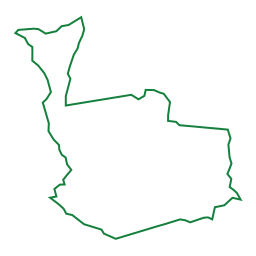 the district of Muliterno, Rio Grande do Sul, Brazil
{"feature_id": "56859067B58975404223376", "entity_name": "Muliterno", "entity_type": "district", "adm_level": 2, "iso_a3": "BRA", "parent_name": "Brazil", "parent_adm1": "Rio Grande do Sul", "projection": "albers", "projection_center": [-51.789, -28.312], "detail": "fine", "context": "isolated", "style": "outline", "palette": "green", "viewbox_px": 256, "rotation_deg": 0, "n_neighbors": 0, "source": "geoboundaries", "source_scale": "gbopen_adm2", "svg_char_len": 1119}
<svg xmlns="http://www.w3.org/2000/svg" viewBox="0 0 256 256"><path d="M15.4,33.1L24.8,37.9L28.2,44.2L32.3,46.9L32.4,52.1L32.3,60.7L38.2,65.5L44.1,72.9L47.6,79.9L50.9,92.1L46.7,98.8L42.8,102.6L48.8,123.2L48.5,131.2L53.7,139.6L59.0,145.0L59.3,149.6L61.7,154.7L65.6,157.5L67.1,164.4L71.3,169.9L66.9,175.1L63.2,179.8L64.6,184.5L59.9,184.6L54.4,189.0L56.4,196.5L50.1,197.7L58.4,204.0L63.6,208.7L66.3,213.7L72.2,215.0L84.0,224.2L101.5,229.6L103.9,233.6L115.7,238.8L157.2,226.3L164.9,224.1L180.1,219.4L185.0,220.2L190.2,222.3L203.9,217.7L208.1,217.4L212.2,219.4L214.9,207.2L224.3,205.3L232.5,197.8L240.6,199.6L236.9,193.0L233.5,189.8L229.7,187.1L231.3,178.9L227.4,173.9L229.1,169.8L231.5,163.5L229.6,157.4L228.4,144.6L230.5,138.4L227.8,129.6L179.4,125.2L176.1,121.9L168.1,120.9L168.1,115.3L170.0,102.1L163.8,93.8L159.8,92.6L154.0,90.1L145.7,89.9L144.4,95.8L138.5,99.3L131.3,94.8L65.8,105.5L65.8,96.1L70.4,78.8L67.8,73.7L69.9,66.2L73.9,54.5L77.7,48.3L78.9,43.1L82.4,35.6L84.2,29.2L81.2,17.2L68.6,25.0L61.6,26.2L56.4,31.2L45.7,33.6L38.4,29.1L33.8,28.7L18.3,29.9L15.4,33.1Z" fill="none" stroke="#15803d" stroke-width="2"/></svg>